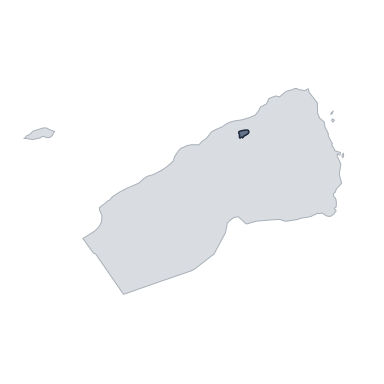 Mudiyah, Abyan, Yemen shown in context, rotated 170°
{"feature_id": "15242507B27730634492451", "entity_name": "Mudiyah", "entity_type": "district", "adm_level": 2, "iso_a3": "YEM", "parent_name": "Yemen", "parent_adm1": "Abyan", "projection": "orthographic", "projection_center": [46.206, 13.949], "detail": "fine", "context": "in_parent", "style": "filled", "palette": "slate", "viewbox_px": 384, "rotation_deg": 170, "n_neighbors": 0, "source": "geoboundaries", "source_scale": "gbopen_adm2", "svg_char_len": 4307}
<svg xmlns="http://www.w3.org/2000/svg" viewBox="0 0 384 384"><g transform="rotate(170 192 192)"><path d="M307.5,165.2L294.8,170.3L291.4,172.6L288.4,175.3L286.2,178.6L284.7,184.4L286.1,189.6L286.1,192.5L282.8,194.4L279.7,195.8L276.3,198.0L274.2,198.5L272.5,200.2L270.5,201.4L263.3,204.5L255.4,207.0L242.8,210.0L238.0,213.1L233.6,215.2L226.9,215.9L217.6,218.9L212.5,221.2L206.2,225.0L204.7,226.2L203.6,228.9L201.7,231.3L197.9,235.2L195.0,237.2L193.0,237.3L189.3,238.5L184.8,238.7L177.3,237.4L175.4,238.4L173.8,239.9L168.1,242.6L162.2,247.9L157.9,249.3L150.9,251.0L146.1,253.2L142.8,254.1L138.6,254.6L130.7,254.4L123.3,255.2L116.5,256.7L113.2,259.5L109.6,263.9L103.5,265.8L102.1,267.4L100.2,270.6L96.3,271.5L92.8,272.0L89.2,270.5L82.4,274.5L79.8,275.1L75.9,275.2L73.1,276.0L71.2,275.8L68.7,274.2L63.4,272.3L59.6,273.5L59.3,269.7L53.1,258.1L54.5,248.1L54.5,246.7L53.3,242.2L49.6,238.1L49.8,232.9L48.6,229.2L47.6,225.4L48.0,224.4L48.0,223.4L46.2,217.5L45.6,216.3L45.3,215.1L46.0,214.2L46.0,213.1L45.0,211.3L44.0,207.8L38.9,205.1L40.0,202.6L41.0,203.5L42.3,204.3L42.6,202.6L42.6,201.4L40.6,193.8L43.9,183.7L43.1,174.6L47.9,170.9L49.2,169.9L49.9,168.9L51.0,166.8L52.6,166.2L53.2,164.0L53.1,162.9L52.2,161.9L51.5,159.4L51.7,156.1L52.0,154.8L52.6,152.3L54.3,151.4L54.7,150.7L53.4,149.1L53.5,148.2L56.4,145.6L57.6,144.9L59.4,144.1L60.9,144.1L62.5,144.6L64.0,145.3L65.4,146.7L66.9,148.2L69.2,148.8L70.8,148.7L72.1,149.3L73.2,149.0L74.5,148.2L76.5,148.3L78.3,147.4L83.4,147.0L88.3,147.3L93.4,146.6L98.5,146.7L103.7,146.8L104.8,146.9L106.0,147.4L110.3,149.7L113.6,150.2L120.3,150.9L127.4,151.5L133.5,152.1L138.7,151.6L143.0,151.1L144.2,151.2L145.5,152.6L148.1,156.2L150.6,159.5L154.9,159.7L157.7,158.4L160.7,156.6L162.6,155.2L164.7,149.8L166.0,146.2L169.2,142.2L171.8,138.9L175.3,134.4L177.2,132.0L181.0,127.1L184.7,125.2L191.7,121.5L198.6,117.9L203.0,115.5L206.8,114.4L213.2,113.4L220.8,112.2L228.3,111.0L236.3,109.8L245.2,108.3L251.3,107.3L259.1,106.1L265.6,105.0L271.3,104.0L277.2,103.1L278.4,105.7L279.6,108.3L280.8,111.0L282.0,113.6L283.3,116.3L284.5,118.9L285.7,121.6L286.9,124.2L288.1,126.9L289.3,129.5L290.5,132.2L291.7,134.8L293.0,137.5L294.2,140.1L295.4,142.7L296.6,145.4L297.8,148.0L299.7,148.8L300.8,151.2L302.5,154.7L304.2,158.2L305.8,161.7L307.5,165.2ZM328.4,272.4L330.0,272.6L332.4,271.6L339.4,271.3L347.9,274.0L346.3,274.8L345.4,275.9L341.7,277.0L338.1,279.5L327.5,280.9L324.3,280.4L321.7,278.3L316.8,275.5L318.7,273.6L319.0,272.8L319.7,271.9L322.4,270.4L325.1,270.6L328.4,272.4ZM41.7,239.0L41.4,239.6L40.9,239.5L39.3,238.0L41.1,236.4L42.0,237.9L41.7,239.0ZM37.2,203.2L36.4,203.8L36.1,202.7L36.7,200.4L37.5,199.7L38.1,201.4L37.7,202.4L37.2,203.2ZM40.8,246.2L39.1,247.0L40.3,244.9L41.5,244.5L41.8,244.5L40.8,246.2Z" fill="#d9dde1" stroke="#a8b0b8" stroke-width="1"/><path d="M135.7,237.1L135.4,237.0L135.4,236.9L135.2,236.8L134.9,237.0L134.7,237.0L134.4,237.2L134.3,237.3L134.2,237.3L133.9,237.4L133.7,237.4L133.4,237.4L133.2,237.4L133.1,237.2L132.9,237.0L132.8,236.9L132.7,236.7L132.6,236.8L132.4,236.9L132.3,237.0L132.2,237.0L131.9,237.2L131.9,237.3L131.7,237.4L131.6,237.5L131.4,237.6L131.3,237.8L131.2,237.8L131.0,238.0L130.9,238.1L130.7,238.2L130.7,238.3L130.4,238.4L130.3,238.5L130.2,238.5L129.9,238.5L129.7,238.5L129.4,238.6L129.2,238.5L128.9,238.7L128.9,238.8L128.7,238.9L128.5,239.0L128.4,239.0L128.2,239.1L127.9,239.2L127.7,239.3L127.4,239.4L127.3,239.5L127.2,239.5L126.9,239.7L126.8,239.8L126.7,239.8L126.5,240.0L126.4,240.0L126.2,240.2L126.2,240.3L125.9,240.5L125.7,240.8L125.6,241.0L125.6,241.3L125.6,241.5L125.6,241.8L125.6,242.0L125.7,242.3L125.7,242.5L125.8,242.6L125.9,242.8L126.0,243.0L126.3,243.1L126.4,243.3L126.5,243.3L126.8,243.4L127.0,243.4L127.2,243.5L127.3,243.5L127.5,243.5L127.8,243.5L128.0,243.6L128.3,243.6L128.5,243.7L128.8,243.7L129.0,243.7L129.2,243.8L129.3,243.8L129.5,243.8L129.8,243.8L130.0,243.8L132.8,243.7L133.0,243.7L133.3,243.7L133.5,243.7L133.8,243.6L134.0,243.6L134.3,243.5L134.5,243.5L134.8,243.4L135.0,243.4L135.3,243.2L135.5,243.0L135.5,242.9L135.5,242.7L135.6,242.4L135.6,242.2L135.7,241.9L135.7,241.4L135.6,241.1L135.3,240.6L135.2,240.1L135.2,239.9L135.4,239.6L135.5,239.3L135.6,239.0L135.6,238.8L135.6,238.7L135.7,238.4L135.7,238.2L135.7,237.9L135.7,237.7L135.7,237.4L135.7,237.2L135.7,237.1Z" fill="#64748b" stroke="#1e293b" stroke-width="1.5"/></g></svg>